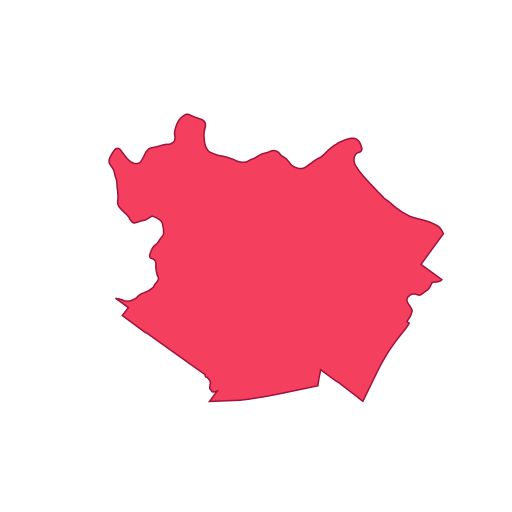 Maribyrnong, Victoria, Australia (orthographic projection), rotated 298°
{"feature_id": "25037944B56618295646151", "entity_name": "Maribyrnong", "entity_type": "district", "adm_level": 2, "iso_a3": "AUS", "parent_name": "Australia", "parent_adm1": "Victoria", "projection": "orthographic", "projection_center": [144.879, -37.791], "detail": "fine", "context": "isolated", "style": "filled", "palette": "rose", "viewbox_px": 512, "rotation_deg": 298, "n_neighbors": 0, "source": "geoboundaries", "source_scale": "gbopen_adm2", "svg_char_len": 6142}
<svg xmlns="http://www.w3.org/2000/svg" viewBox="0 0 512 512"><g transform="rotate(298 256 256)"><path d="M170.5,371.6L171.9,371.0L179.2,368.5L183.5,367.3L185.9,366.4L183.2,385.2L183.0,388.8L180.5,403.5L179.6,409.0L178.0,417.7L177.9,418.6L196.2,417.9L210.9,417.4L216.4,417.3L221.6,417.3L229.1,417.6L232.7,417.8L236.1,418.1L244.3,419.1L246.6,419.4L261.9,422.2L264.6,422.6L267.1,422.8L268.6,422.8L269.0,420.0L274.1,420.5L274.9,420.6L275.7,420.5L276.4,420.5L279.2,420.0L280.4,419.8L281.1,419.5L281.6,419.1L282.0,418.6L282.7,417.7L283.7,415.9L285.1,413.2L286.7,410.9L287.7,410.1L288.3,409.8L289.5,409.4L291.1,409.4L292.0,409.7L293.1,410.2L294.7,410.9L295.3,411.4L295.9,412.1L297.2,414.7L297.4,415.6L297.8,418.0L298.1,418.6L299.1,419.7L301.4,420.9L304.0,422.1L306.6,423.4L308.5,424.0L309.4,424.1L310.2,424.1L311.8,424.0L312.6,424.1L314.3,424.0L315.2,424.0L315.6,424.5L316.1,424.8L317.4,427.0L318.1,428.0L319.1,429.2L320.1,430.1L321.1,430.9L322.4,431.2L326.0,405.6L363.7,411.0L365.9,407.8L367.5,404.6L367.9,401.8L367.8,397.6L367.4,392.6L366.4,387.5L364.8,381.0L363.3,373.6L363.3,368.4L363.4,364.7L363.8,361.2L364.4,356.8L365.9,349.9L366.3,348.1L366.6,346.5L366.7,345.1L366.9,343.4L367.2,341.9L368.2,339.1L370.1,332.9L372.0,327.4L374.1,321.0L376.8,313.7L378.2,310.2L379.5,307.2L381.5,303.5L382.6,301.4L383.7,300.0L384.9,298.8L386.3,297.7L387.7,297.0L389.1,296.5L390.4,296.2L391.8,296.2L393.2,296.4L394.6,297.0L395.7,298.2L396.9,299.2L398.3,299.6L399.7,299.5L400.8,298.9L402.3,297.5L403.9,295.7L405.2,293.8L405.9,292.2L406.3,290.2L406.3,288.5L405.6,286.5L404.6,284.7L403.2,283.0L401.6,281.3L399.1,279.1L396.3,276.8L394.5,275.5L392.4,274.5L390.7,273.3L388.2,272.1L385.8,271.1L383.2,270.1L377.2,268.2L374.8,267.3L373.2,266.5L371.7,265.3L368.7,263.5L366.6,262.3L364.1,261.2L361.4,259.8L360.0,259.2L358.2,258.3L357.1,257.6L356.1,256.9L355.1,255.8L354.1,254.3L353.4,252.8L353.0,250.9L352.7,248.8L352.6,247.9L352.7,246.1L352.9,245.2L353.1,244.2L355.8,237.7L356.1,236.4L356.3,235.5L356.4,233.4L356.7,230.9L356.9,230.2L357.7,228.4L358.0,227.5L358.2,226.0L358.1,224.9L357.8,223.2L357.6,222.4L357.0,221.4L356.4,220.6L355.7,219.9L353.4,218.1L352.5,217.2L350.4,214.9L349.1,213.5L348.1,212.7L345.9,211.2L343.7,210.0L341.5,208.6L340.3,207.7L339.3,206.7L338.3,205.9L337.4,205.3L336.2,204.6L334.8,203.5L334.1,202.9L333.3,201.6L332.5,200.1L331.8,198.4L331.3,197.1L331.0,196.0L330.9,194.8L330.8,193.6L330.7,191.8L330.6,190.1L330.3,188.6L329.8,184.9L328.9,181.1L328.6,179.9L327.6,177.2L327.3,176.1L326.8,173.5L326.6,172.3L326.3,169.9L326.2,167.8L326.1,167.3L326.0,166.6L326.1,165.6L326.5,164.4L327.3,162.8L328.3,161.2L329.8,159.4L331.2,158.1L333.0,156.7L334.4,155.7L336.3,154.5L338.0,153.4L341.3,152.0L344.6,151.1L346.3,150.6L347.8,150.0L349.0,149.3L349.7,148.7L350.3,147.8L350.7,146.8L351.0,145.5L351.1,144.0L350.8,142.5L349.9,137.0L349.8,135.8L349.5,132.8L349.5,131.3L349.4,130.1L349.1,129.1L348.6,128.2L347.8,127.4L346.9,126.8L345.5,126.0L343.9,125.3L342.2,124.6L340.3,124.3L338.9,124.1L335.0,124.2L332.4,124.6L330.5,125.0L327.7,125.8L325.6,126.7L323.2,128.5L321.8,129.3L320.4,129.7L319.2,129.9L317.7,129.6L316.6,129.1L315.4,128.3L314.4,127.5L313.4,126.2L312.6,124.5L310.3,121.6L309.0,120.3L307.4,118.7L305.6,116.8L303.9,114.6L301.3,111.7L300.1,111.0L298.5,110.5L296.9,110.1L295.5,110.0L293.9,110.1L290.3,110.2L285.9,110.1L285.1,110.0L283.7,109.4L282.8,108.8L282.1,108.0L281.0,106.2L280.7,105.4L280.5,104.4L280.4,103.2L280.4,101.7L280.5,100.4L280.8,99.2L281.4,96.8L282.6,94.1L283.2,92.6L283.9,91.3L284.5,89.8L285.7,87.4L286.4,85.6L286.4,85.1L286.4,84.5L286.3,83.8L285.9,83.0L285.2,82.1L284.7,81.7L284.1,81.5L282.5,81.2L279.2,80.8L274.5,80.8L273.4,80.9L272.1,81.1L270.7,81.8L269.4,82.6L268.6,83.6L266.0,88.5L265.0,90.1L261.2,93.5L259.7,94.9L257.9,96.9L256.0,98.4L252.4,100.6L249.9,102.2L248.8,103.1L247.2,104.1L244.0,106.1L242.7,106.8L240.8,107.6L239.2,108.2L237.8,109.0L237.0,109.5L235.9,110.9L235.3,111.7L234.7,113.0L233.6,115.9L232.2,121.0L231.8,122.5L230.7,125.2L230.1,126.2L229.3,127.2L228.4,129.2L228.1,129.9L227.8,130.8L227.7,131.2L227.7,131.8L227.8,132.8L228.0,133.1L228.3,133.4L230.3,135.6L231.9,137.1L232.5,137.6L234.2,139.5L235.2,140.8L236.0,141.6L239.6,143.8L241.9,145.1L242.4,145.5L242.6,146.0L242.9,148.2L243.0,149.9L242.9,151.4L242.7,153.7L242.6,154.5L242.4,155.4L242.1,156.1L241.6,156.9L241.1,157.7L240.3,158.5L237.9,160.4L236.4,161.6L235.6,162.1L234.3,162.7L233.6,163.2L232.6,163.7L231.9,164.0L231.4,164.2L230.8,164.2L230.2,164.2L229.2,164.0L227.9,163.7L225.5,163.3L223.7,163.2L222.0,163.0L220.7,162.8L219.7,162.4L216.8,161.2L215.6,161.0L214.6,160.9L212.8,160.9L210.5,161.1L209.2,161.2L208.0,161.5L206.4,161.9L205.8,162.3L205.5,162.5L205.1,163.0L204.8,163.5L204.7,164.1L204.8,164.7L205.0,166.6L205.0,167.2L205.0,167.8L204.4,169.2L204.1,169.6L203.0,170.7L202.4,171.1L199.1,172.8L197.8,173.6L197.0,174.2L195.8,175.1L193.7,176.9L192.9,177.6L192.4,178.1L192.3,178.3L192.1,178.8L191.8,179.2L191.3,179.7L190.0,180.6L189.5,180.7L189.0,180.8L188.5,180.8L187.4,180.8L186.3,180.6L185.0,180.4L184.3,180.1L183.6,180.0L182.5,180.0L181.2,180.1L180.2,180.0L179.8,179.8L179.4,179.6L178.9,179.4L177.8,179.0L176.9,178.4L175.1,177.6L174.6,177.2L173.5,176.3L172.8,175.9L172.1,175.2L171.6,174.8L170.8,174.4L169.2,172.8L168.3,172.2L166.3,171.1L164.7,170.5L163.3,170.2L162.7,170.0L162.3,169.8L161.8,169.4L160.4,168.5L158.5,167.0L157.9,166.5L157.0,165.6L156.2,164.4L155.6,163.2L155.0,162.0L154.7,161.3L154.6,160.1L154.6,158.8L154.3,157.3L153.9,155.6L153.5,154.4L152.9,152.5L152.8,151.7L150.5,167.5L140.6,165.9L140.3,168.5L136.4,194.4L136.7,196.1L136.2,199.3L131.9,231.7L129.6,249.3L128.4,258.8L127.4,266.6L125.7,268.0L125.6,268.6L125.7,269.2L125.8,269.4L125.8,269.9L125.7,270.5L125.5,270.8L125.3,271.3L125.3,271.5L125.1,272.0L124.9,272.3L124.8,272.7L124.4,273.5L124.1,273.9L123.9,274.2L123.6,274.5L123.3,274.7L123.0,275.0L122.3,275.4L122.0,275.6L121.1,275.7L120.4,276.1L120.0,276.3L119.1,276.6L118.6,276.6L117.3,277.3L116.2,279.6L115.7,280.3L115.6,281.4L115.7,281.9L115.9,282.3L116.7,283.2L117.1,283.9L118.0,284.7L118.2,284.8L118.5,285.1L105.7,283.2L121.4,310.0L126.6,317.4L138.4,332.9L148.2,344.9L170.5,371.6Z" fill="#f43f5e" stroke="#9f1239" stroke-width="1.5"/></g></svg>